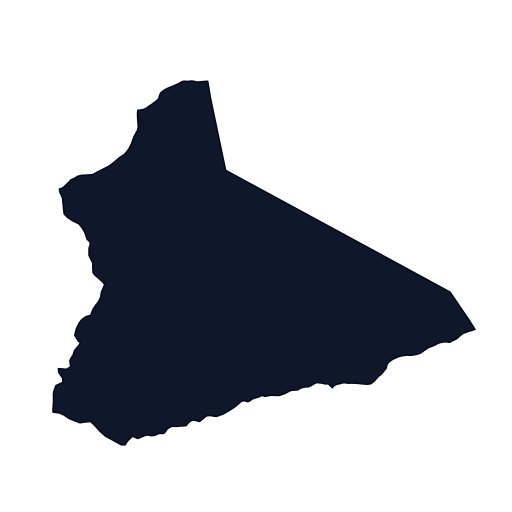 Samrang, Samdrup Jongkhar, Bhutan (Albers equal-area conic projection), rotated 266°
{"feature_id": "84629894B7351985376412", "entity_name": "Samrang", "entity_type": "district", "adm_level": 2, "iso_a3": "BTN", "parent_name": "Bhutan", "parent_adm1": "Samdrup Jongkhar", "projection": "albers", "projection_center": [91.824, 26.908], "detail": "fine", "context": "isolated", "style": "filled", "palette": "ink", "viewbox_px": 512, "rotation_deg": 266, "n_neighbors": 0, "source": "geoboundaries", "source_scale": "gbopen_adm2", "svg_char_len": 2953}
<svg xmlns="http://www.w3.org/2000/svg" viewBox="0 0 512 512"><g transform="rotate(266 256 256)"><path d="M409.6,148.3L406.3,147.7L400.1,147.5L393.3,147.6L389.9,146.7L383.3,142.5L376.8,139.7L371.9,136.8L368.0,133.3L366.5,131.8L363.5,126.4L360.0,121.8L356.1,116.1L350.8,103.5L348.6,98.9L348.5,94.2L348.6,89.8L348.6,87.1L347.9,83.5L346.1,80.3L344.8,76.5L342.7,74.5L339.6,70.7L337.5,68.2L336.5,64.6L333.4,64.8L327.5,67.0L322.6,67.2L316.5,67.3L311.2,67.6L307.5,70.9L304.3,75.0L300.4,81.6L296.3,84.5L291.4,86.9L284.5,88.7L281.5,91.4L278.9,91.4L275.4,90.0L272.0,89.7L268.0,89.5L264.6,90.9L260.5,92.7L257.7,92.5L254.0,92.3L250.4,92.4L247.9,94.3L240.9,101.2L238.1,103.1L230.5,99.2L225.7,98.2L221.2,95.6L218.3,92.9L214.1,89.6L208.4,87.0L207.4,82.2L204.7,77.8L201.3,74.8L195.7,71.6L189.6,69.7L183.2,73.0L182.5,74.8L180.2,73.9L174.2,68.3L170.4,66.9L166.8,64.3L164.5,63.0L158.4,63.4L156.2,59.0L156.9,54.7L157.4,51.1L153.8,51.0L147.6,54.6L143.5,54.7L140.7,47.4L135.7,45.1L132.6,44.3L127.3,44.0L124.4,43.8L116.7,42.7L114.4,42.7L113.1,49.1L110.8,53.3L107.0,58.2L102.7,66.9L101.9,68.8L102.2,71.8L102.5,79.4L97.9,83.6L92.2,88.0L86.8,93.3L77.1,108.4L76.7,112.2L80.4,114.9L84.9,120.3L82.2,125.2L84.7,132.8L85.1,135.2L84.1,138.9L84.1,142.3L85.3,145.3L85.7,147.0L85.6,149.1L85.4,151.3L86.5,152.9L89.4,155.1L90.9,157.5L91.9,160.0L91.6,164.8L91.6,172.9L91.8,174.7L93.5,176.1L95.5,178.3L96.5,180.5L96.4,182.9L96.3,184.7L95.3,186.4L94.9,188.2L97.5,191.8L98.6,193.5L100.0,195.4L100.1,198.1L99.9,200.3L99.1,203.0L98.8,205.8L100.9,212.8L103.8,218.7L107.2,224.7L111.5,230.4L112.4,232.3L112.4,234.7L111.5,236.6L111.3,238.0L112.2,240.1L113.8,242.7L114.6,245.7L115.2,249.0L116.3,251.5L116.2,253.4L115.3,255.3L115.9,259.5L116.0,262.6L115.5,266.1L115.3,269.7L116.6,274.8L118.9,279.8L119.7,282.5L119.5,284.2L119.6,288.5L121.2,291.4L121.9,295.5L121.9,299.6L123.0,302.1L125.5,307.2L125.3,308.6L124.7,312.5L123.6,316.0L123.4,319.2L119.3,323.0L121.0,324.5L122.4,327.6L122.8,331.0L123.4,333.3L123.4,335.8L122.7,338.8L122.5,343.0L121.9,348.2L121.0,353.3L120.3,357.9L120.5,361.5L122.7,364.9L126.2,368.5L127.2,369.5L129.6,373.1L132.9,376.1L134.8,377.9L138.2,379.0L140.8,380.9L142.4,383.3L143.7,385.9L145.3,390.1L146.0,392.8L146.4,396.1L146.6,400.5L146.1,403.1L146.5,408.3L147.1,411.5L148.1,414.1L150.0,417.0L151.3,419.4L152.7,421.6L153.7,425.4L154.8,428.4L156.3,431.7L156.9,434.5L157.3,438.2L156.9,440.6L156.4,443.2L157.8,446.0L159.1,449.6L160.2,451.3L162.0,453.6L164.5,457.4L165.1,459.7L166.0,462.5L166.5,465.4L167.6,469.3L177.4,464.0L206.4,447.1L241.2,392.6L343.6,231.7L416.3,221.7L433.6,220.0L433.8,218.5L433.6,211.3L433.7,208.8L434.5,206.6L435.1,204.1L434.9,201.5L435.0,199.7L435.3,197.1L435.3,195.3L434.9,194.0L433.8,191.9L432.6,188.8L431.0,184.5L430.2,181.9L429.7,180.2L428.4,177.1L427.1,174.8L425.5,172.5L423.3,171.2L420.3,170.1L419.0,169.1L417.0,166.5L414.7,162.9L413.1,160.0L411.3,157.3L410.0,154.0L409.8,151.4L409.6,148.3Z" fill="#0f172a" stroke="#020617" stroke-width="1.5"/></g></svg>